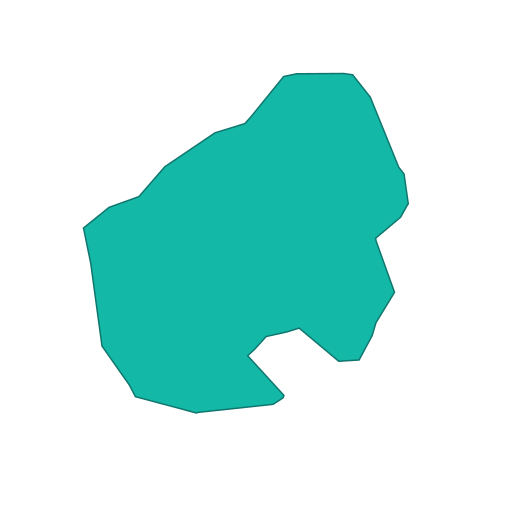 the district of Esit Eket, Akwa Ibom, Nigeria, rotated 150°
{"feature_id": "59680162B89342314449475", "entity_name": "Esit Eket", "entity_type": "district", "adm_level": 2, "iso_a3": "NGA", "parent_name": "Nigeria", "parent_adm1": "Akwa Ibom", "projection": "robinson", "projection_center": [8.072, 4.644], "detail": "fine", "context": "isolated", "style": "filled", "palette": "teal", "viewbox_px": 512, "rotation_deg": 150, "n_neighbors": 0, "source": "geoboundaries", "source_scale": "gbopen_adm2", "svg_char_len": 691}
<svg xmlns="http://www.w3.org/2000/svg" viewBox="0 0 512 512"><g transform="rotate(150 256 256)"><path d="M391.4,366.5L402.7,332.5L434.4,255.0L430.2,207.6L430.7,195.8L430.8,194.5L386.0,149.7L384.5,149.6L315.3,119.0L303.6,119.6L301.5,121.3L313.1,173.8L303.5,176.0L287.4,181.2L285.6,180.6L266.8,174.7L254.7,172.0L237.0,123.5L218.7,114.4L195.2,129.0L185.5,138.2L154.2,155.3L144.5,208.9L143.5,211.6L111.4,217.3L99.7,224.3L98.0,225.1L86.8,253.0L88.0,261.5L78.0,333.6L77.6,336.3L81.7,364.6L88.8,370.2L113.9,384.5L129.7,393.5L142.3,397.6L191.0,379.0L196.6,377.2L199.3,376.2L229.9,383.2L290.3,378.9L327.7,366.0L359.0,371.6L391.4,366.5Z" fill="#14b8a6" stroke="#0f766e" stroke-width="1.5"/></g></svg>